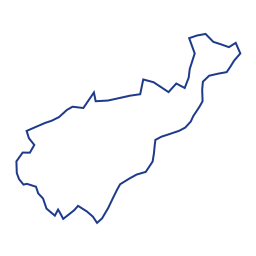 Alayköy, Cyprus, rotated 91°
{"feature_id": "46923920B56157666761112", "entity_name": "Alayköy", "entity_type": "district", "adm_level": 2, "iso_a3": "CYP", "parent_name": "Cyprus", "parent_adm1": "", "projection": "equal_earth", "projection_center": [33.249, 35.201], "detail": "fine", "context": "isolated", "style": "outline", "palette": "blue", "viewbox_px": 256, "rotation_deg": 91, "n_neighbors": 0, "source": "geoboundaries", "source_scale": "gbopen_adm2", "svg_char_len": 1055}
<svg xmlns="http://www.w3.org/2000/svg" viewBox="0 0 256 256"><g transform="rotate(91 128 128)"><path d="M37.1,68.4L52.3,62.6L67.9,67.3L76.6,68.2L87.0,72.0L82.7,80.5L91.4,88.1L81.8,103.2L79.2,113.6L94.0,116.4L95.7,126.8L100.9,148.5L101.8,160.8L93.1,162.7L108.8,173.0L107.7,183.9L111.0,189.4L118.3,197.2L122.1,204.5L124.4,211.1L128.8,220.8L132.7,229.3L139.9,226.9L146.6,221.4L154.4,225.7L154.4,232.9L163.3,239.0L175.0,238.4L181.1,236.0L186.4,231.5L185.6,228.1L188.3,219.0L195.0,216.6L200.0,211.7L210.0,208.1L216.9,199.6L210.8,196.5L214.5,194.2L220.0,191.2L211.1,180.3L206.7,176.6L212.2,167.6L217.3,161.5L223.4,157.3L218.9,152.4L208.3,146.4L197.8,141.6L190.0,137.9L184.4,134.9L178.9,126.4L174.4,118.6L171.6,109.5L161.1,102.8L152.7,101.6L144.9,101.0L139.4,100.4L136.1,94.4L133.8,87.7L129.9,76.8L126.6,70.8L120.5,65.4L114.9,62.9L105.5,56.9L99.9,53.9L88.2,54.5L80.4,53.9L74.3,47.8L72.1,38.8L70.4,30.3L64.9,26.7L58.8,23.1L51.5,17.0L41.0,21.8L45.4,28.5L42.6,36.9L40.4,44.2L32.6,52.1L34.3,60.5L37.1,68.4Z" fill="none" stroke="#1e3a8a" stroke-width="2"/></g></svg>